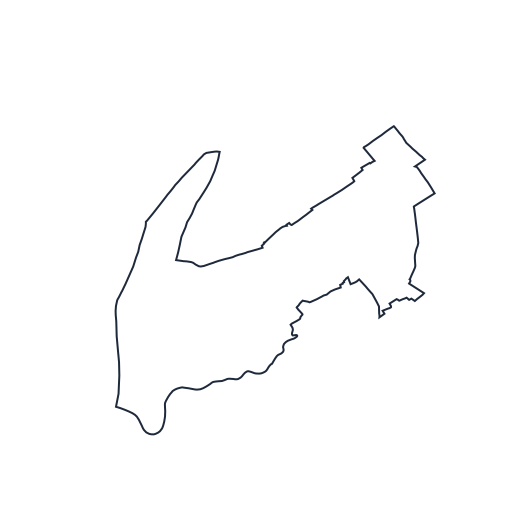 the district of Tra Vinh, Trà Vinh, Vietnam, rotated 242°
{"feature_id": "81297802B52504001228047", "entity_name": "Tra Vinh", "entity_type": "district", "adm_level": 2, "iso_a3": "VNM", "parent_name": "Vietnam", "parent_adm1": "Trà Vinh", "projection": "natural_earth1", "projection_center": [106.333, 9.952], "detail": "fine", "context": "isolated", "style": "outline", "palette": "slate", "viewbox_px": 512, "rotation_deg": 242, "n_neighbors": 0, "source": "geoboundaries", "source_scale": "gbopen_adm2", "svg_char_len": 5743}
<svg xmlns="http://www.w3.org/2000/svg" viewBox="0 0 512 512"><g transform="rotate(242 256 256)"><path d="M153.3,219.6L153.8,220.3L154.8,221.9L156.6,224.9L157.2,226.1L157.8,227.3L158.2,228.7L158.2,230.4L158.1,231.9L158.1,232.8L158.4,233.8L158.6,234.7L159.4,235.8L160.4,236.4L161.6,236.8L162.5,237.0L163.1,237.3L164.2,238.3L165.1,239.3L165.6,240.6L166.0,242.0L166.2,244.2L166.1,245.3L165.9,246.9L165.8,248.0L165.3,250.5L165.3,251.9L165.4,252.8L165.6,254.1L166.0,254.8L166.4,255.0L166.6,255.0L167.1,254.7L167.5,254.1L167.7,253.5L168.0,252.7L168.4,251.7L168.7,251.1L169.1,251.0L169.9,251.0L170.9,251.5L172.1,252.6L173.1,253.6L173.9,254.1L174.7,254.3L175.2,254.5L175.8,254.5L176.8,254.5L177.7,254.4L178.8,254.3L179.1,254.3L179.5,255.9L179.5,259.2L179.5,261.3L179.7,264.8L179.9,265.4L180.4,266.0L181.0,266.3L181.4,267.0L182.0,268.3L182.4,269.4L182.7,269.7L183.9,269.5L186.9,268.7L188.6,268.2L190.5,267.9L191.4,267.7L191.7,268.1L192.0,269.2L192.5,270.7L193.1,271.7L193.6,272.8L194.0,273.9L194.3,275.0L194.7,276.2L193.8,277.2L192.5,278.9L191.2,280.5L190.0,281.5L189.8,282.3L189.3,289.4L189.3,296.0L189.4,297.0L188.7,300.3L189.4,303.6L189.7,305.2L189.4,309.9L188.4,316.0L191.0,316.8L190.8,319.6L191.5,319.9L191.5,321.5L192.5,321.7L193.4,324.4L193.8,325.0L194.1,327.2L192.5,327.0L186.7,326.3L186.2,330.4L186.2,332.9L186.9,336.1L179.0,338.2L177.0,338.7L174.1,339.3L170.4,340.2L167.7,340.9L159.0,341.0L157.5,341.0L153.7,340.9L147.7,337.9L144.8,336.8L143.9,336.2L144.1,337.7L144.7,342.3L148.2,342.1L147.6,347.9L147.3,349.2L147.3,349.7L147.3,350.5L147.3,350.9L147.4,351.2L147.6,351.3L148.4,351.6L148.8,351.7L149.7,351.6L150.7,351.6L151.3,351.6L151.4,353.2L151.7,357.2L151.9,359.9L150.7,360.8L149.7,361.2L149.2,361.7L149.1,363.8L149.0,365.0L148.6,367.7L148.5,369.4L147.8,369.7L145.4,370.6L145.4,373.2L143.5,374.2L141.7,375.1L142.5,378.6L142.7,380.0L143.5,384.6L144.3,386.9L152.5,382.3L159.8,378.2L161.0,380.2L161.7,380.7L162.4,380.9L162.9,380.9L163.3,380.7L163.7,381.5L166.2,384.6L169.0,388.3L169.2,388.5L170.6,390.3L172.1,391.8L173.7,392.6L174.2,392.8L177.5,394.3L179.9,395.4L182.4,396.9L186.1,400.2L187.5,401.6L188.8,403.2L191.3,405.4L196.1,407.4L203.3,410.2L210.7,413.0L216.8,415.4L223.8,418.0L224.6,418.2L225.6,418.6L226.1,424.8L227.2,439.6L227.4,443.1L233.8,442.8L234.0,442.8L240.5,442.3L243.5,441.8L243.9,441.7L246.8,441.4L250.4,440.9L251.9,440.7L254.2,440.6L256.9,440.2L259.0,439.8L260.4,438.4L261.7,450.4L264.0,449.5L265.6,449.1L268.5,447.8L270.4,447.2L270.7,447.0L272.4,446.5L277.7,444.4L278.1,444.3L279.2,444.0L285.1,441.9L285.4,441.8L287.4,441.7L289.6,441.5L291.6,441.5L292.7,441.4L297.3,440.3L299.4,440.0L303.8,439.1L305.6,438.8L305.9,438.6L305.4,433.9L304.7,428.6L303.8,423.5L303.3,418.4L302.7,413.4L302.3,410.9L301.8,407.9L301.5,404.7L301.4,402.3L301.0,401.8L298.2,402.4L289.2,404.3L287.3,404.7L284.3,405.4L284.4,403.0L284.1,400.4L284.8,400.1L284.7,397.0L284.5,391.5L284.4,390.4L281.9,390.5L281.1,386.5L280.2,381.0L279.7,377.8L275.9,377.9L275.6,376.8L275.3,374.8L274.7,368.8L274.0,362.7L273.6,356.9L273.5,354.7L273.4,352.8L273.2,352.1L273.2,350.6L272.4,334.3L272.3,334.2L272.1,328.6L271.9,326.9L270.2,327.4L269.4,322.6L268.9,320.0L268.3,315.7L267.5,311.0L267.2,308.8L267.0,305.6L266.6,302.1L267.1,301.6L268.1,301.1L269.1,300.9L269.6,300.8L269.5,300.0L269.3,297.6L268.2,297.5L268.7,296.1L269.2,293.2L269.0,290.6L268.6,288.7L267.8,284.4L266.9,281.4L266.4,279.5L265.2,275.1L264.0,271.0L263.8,270.4L264.2,270.0L264.2,269.6L264.0,269.1L263.7,268.9L263.2,269.0L262.9,268.4L262.5,266.6L262.3,265.9L260.6,265.8L260.2,265.7L261.2,260.3L261.5,259.0L262.6,253.9L263.4,250.4L263.6,248.3L264.5,243.9L264.9,242.6L265.6,238.9L265.8,237.0L265.9,234.9L266.4,232.8L266.7,231.5L267.6,228.1L268.1,226.1L269.2,221.0L269.9,216.5L270.0,215.3L270.8,210.9L270.9,210.1L271.7,205.2L272.7,202.2L273.9,200.6L275.0,199.9L276.9,198.6L279.4,197.4L280.9,196.1L282.0,194.7L283.9,192.1L285.5,189.5L289.1,184.6L289.9,183.5L295.8,189.0L301.8,194.1L308.0,199.2L314.3,207.1L318.2,211.0L320.7,215.3L323.5,219.5L325.9,222.3L329.8,227.1L331.0,228.7L331.8,230.4L332.8,232.6L336.6,239.4L339.3,244.1L343.6,250.8L347.2,255.2L350.6,259.5L355.0,263.9L358.8,267.7L360.9,269.5L362.7,270.9L365.0,272.8L366.7,270.4L367.5,268.6L368.5,265.9L370.3,260.6L370.2,257.8L369.3,255.4L367.7,250.2L366.2,245.9L365.7,244.9L360.0,227.3L358.2,222.8L356.6,218.0L355.4,215.6L353.3,210.8L351.7,206.7L350.5,204.2L346.1,194.4L341.8,184.7L338.2,176.0L338.0,174.9L336.0,173.8L333.5,172.1L328.0,166.5L324.8,163.3L320.3,158.4L315.0,154.0L311.0,149.4L304.3,142.6L292.7,127.8L287.7,121.0L287.6,120.7L284.4,116.2L283.3,114.5L282.7,113.5L282.0,112.6L277.6,108.9L273.5,106.3L269.9,104.5L264.0,102.0L250.5,95.3L233.7,88.2L233.4,88.1L226.5,85.2L214.6,79.2L198.8,69.9L188.6,61.6L185.5,64.7L182.0,67.8L178.6,70.6L175.2,73.1L172.5,74.6L170.1,75.4L166.4,75.7L159.8,75.5L157.1,75.3L155.1,75.4L151.8,76.3L149.1,78.2L147.7,79.9L146.5,82.0L146.1,83.9L146.0,86.7L146.4,89.0L147.9,92.2L149.6,94.2L152.6,97.0L156.8,100.2L161.6,103.0L165.3,104.7L167.9,106.0L168.9,106.7L170.3,108.4L172.0,111.0L173.0,112.6L174.4,115.3L175.2,117.4L175.9,119.0L176.0,120.3L176.1,122.0L175.9,124.4L175.3,127.1L174.7,129.1L173.5,130.7L170.7,134.6L167.0,139.2L165.8,141.0L164.5,144.2L164.1,147.1L164.1,149.8L164.2,152.1L164.5,155.5L164.9,157.4L164.9,159.0L164.4,160.6L163.8,162.2L162.8,164.6L162.1,166.1L161.6,167.4L161.2,169.8L160.9,172.9L160.5,174.1L159.9,175.3L159.0,176.7L158.0,178.4L157.0,179.6L156.1,181.4L155.8,182.4L155.8,183.4L155.9,185.6L156.6,187.7L157.4,189.4L158.1,191.5L158.2,192.6L158.3,194.0L157.9,195.1L156.5,196.7L155.0,198.1L153.3,199.6L152.3,200.8L150.8,203.3L150.0,205.2L149.7,207.1L149.6,209.5L149.9,211.2L150.8,213.0L151.8,214.6L152.8,216.6L153.2,217.9L153.4,218.9L153.3,219.6Z" fill="none" stroke="#1e293b" stroke-width="2"/></g></svg>